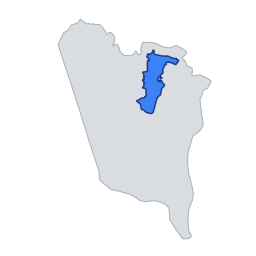 location of Hamah within Syria, rotated 105°
{"feature_id": "SYR-138", "entity_name": "Hamah", "entity_type": "Province", "adm_level": 1, "iso_a3": "SYR", "parent_name": "Syria", "parent_adm1": "", "projection": "albers", "projection_center": [37.023, 35.303], "detail": "fine", "context": "in_parent", "style": "filled", "palette": "blue", "viewbox_px": 256, "rotation_deg": 105, "n_neighbors": 0, "source": "natural_earth", "source_scale": "10m", "svg_char_len": 6289}
<svg xmlns="http://www.w3.org/2000/svg" viewBox="0 0 256 256"><g transform="rotate(105 128 128)"><path d="M39.6,90.9L41.7,91.1L46.3,93.9L47.0,93.8L48.4,90.2L49.7,89.0L52.5,87.9L53.4,82.1L54.7,81.0L56.3,80.4L58.7,80.3L60.8,79.9L60.9,78.9L58.0,72.1L58.3,70.4L59.7,63.5L60.6,60.9L61.5,60.0L64.8,60.4L69.4,61.6L70.6,63.5L72.9,65.3L76.3,65.2L80.2,65.5L83.3,65.6L85.7,64.3L91.3,62.0L94.0,61.2L96.5,60.2L104.4,56.4L107.6,56.6L109.8,57.1L111.5,57.7L115.3,60.2L118.5,62.7L120.7,63.4L124.6,63.3L130.3,63.7L137.2,63.5L141.3,62.7L146.5,61.3L155.6,57.9L167.6,51.1L174.6,47.8L177.6,47.3L181.6,47.1L185.7,47.8L190.2,48.2L192.3,48.0L197.2,47.2L203.5,45.6L207.5,44.3L212.2,42.3L215.1,39.3L216.0,38.9L217.3,39.4L217.9,39.6L219.2,41.1L220.7,45.3L220.8,45.8L220.6,47.0L217.6,50.6L213.6,55.6L210.6,58.7L205.7,64.0L201.8,65.3L195.3,67.4L193.7,69.2L192.1,72.1L191.4,76.0L191.2,78.5L191.2,83.0L192.9,87.7L194.6,92.1L194.9,95.1L194.9,98.0L193.6,101.2L192.2,105.6L191.5,110.5L191.4,119.7L191.7,127.4L191.7,128.7L189.1,134.3L186.2,140.9L184.7,142.4L177.7,144.6L170.1,149.6L161.6,155.1L153.9,160.1L145.7,165.3L137.2,170.7L131.1,174.6L122.9,179.7L115.4,184.6L107.8,189.5L102.0,193.2L93.2,199.1L88.0,202.5L80.4,207.5L73.6,211.9L65.6,217.1L55.6,215.5L52.4,214.6L49.8,212.1L47.9,210.7L43.2,209.4L40.2,204.7L38.4,203.0L35.2,202.2L36.6,199.3L36.9,197.3L38.3,194.9L37.5,193.4L37.1,190.0L36.5,189.2L36.3,188.3L36.8,187.2L36.6,186.1L36.1,185.7L35.9,184.0L35.4,182.8L35.7,181.3L36.4,180.3L37.1,178.4L37.9,177.9L39.3,176.7L39.7,175.5L40.9,174.3L42.5,173.3L42.8,172.6L42.6,172.1L41.0,171.2L40.2,169.6L41.0,167.4L41.5,166.7L42.4,165.6L44.6,163.9L46.3,163.7L47.7,163.7L50.2,163.8L52.1,164.2L52.5,163.7L52.5,163.2L50.1,161.8L50.0,160.7L50.6,159.5L52.3,157.7L54.3,156.4L55.3,156.1L57.5,153.4L59.0,150.4L56.7,143.0L55.3,141.8L53.0,140.8L51.7,140.6L51.6,140.1L53.4,138.3L54.7,136.6L53.3,135.1L50.8,134.3L49.8,135.9L46.6,136.1L41.5,136.0L39.4,128.2L39.1,124.8L39.2,120.9L40.8,115.1L40.1,112.5L40.1,110.7L39.7,108.2L35.8,102.9L38.1,93.2L39.6,90.9Z" fill="#d9dde1" stroke="#a8b0b8" stroke-width="1"/><path d="M77.2,103.8L79.6,104.7L80.7,105.4L80.9,105.5L81.1,105.6L82.8,105.6L87.4,105.2L89.9,106.9L90.4,107.1L91.7,107.5L94.1,107.8L106.3,107.7L107.4,108.5L107.7,108.9L108.2,109.5L108.2,110.1L108.2,114.0L108.1,114.6L107.8,115.3L107.5,115.9L106.8,116.9L106.7,117.1L106.6,117.5L106.5,117.8L106.5,118.1L106.5,118.4L106.6,119.6L106.4,119.9L102.6,121.7L102.1,122.0L101.3,122.8L101.2,122.9L101.2,123.3L101.1,123.5L100.9,123.7L100.8,124.1L100.6,124.4L100.6,124.5L100.6,124.8L100.6,125.0L100.5,125.3L100.4,125.5L100.3,125.8L99.8,126.4L99.5,126.6L99.4,126.6L99.2,126.4L98.1,125.0L97.8,124.6L97.6,124.4L96.0,123.1L95.8,123.0L95.6,122.7L95.4,122.5L95.3,122.0L95.3,121.7L95.1,121.0L95.1,120.9L94.9,120.7L94.7,120.3L94.6,120.2L94.3,119.9L94.2,119.8L93.6,119.8L93.3,119.8L93.2,119.7L92.8,119.2L92.6,119.1L92.4,119.0L92.3,118.9L92.2,118.9L89.8,119.5L88.4,120.0L88.0,120.1L87.9,120.1L87.7,120.1L87.3,120.2L86.4,120.9L85.9,121.2L85.7,121.3L85.5,121.5L85.4,121.7L85.4,121.9L85.3,122.4L85.3,123.3L85.5,123.8L85.5,124.0L85.4,124.2L85.4,124.3L85.2,124.4L84.9,124.4L84.7,124.3L84.6,124.2L84.3,123.7L84.2,123.6L83.6,123.6L83.4,123.5L82.9,123.6L82.7,123.6L82.2,123.9L82.0,124.0L81.8,124.0L81.6,124.0L81.4,123.9L81.1,123.7L80.9,123.7L80.8,123.8L80.6,124.0L80.6,124.3L80.4,124.4L80.0,124.3L79.7,124.3L79.4,124.4L79.3,124.5L79.2,124.9L79.0,125.2L78.9,125.2L78.9,125.3L78.8,125.8L78.7,126.0L78.3,126.3L78.2,126.3L77.8,126.2L77.5,126.1L77.4,126.1L77.3,125.9L77.2,125.7L77.1,125.4L76.8,125.1L76.6,125.1L76.4,125.1L75.6,125.6L75.4,125.8L75.3,126.1L75.2,126.1L74.9,126.0L74.7,125.9L74.4,125.7L74.1,125.7L73.9,125.8L73.6,126.2L73.5,126.3L73.4,126.3L72.9,126.4L72.6,126.4L72.4,126.6L71.0,127.7L70.8,127.8L70.2,128.0L69.5,126.4L68.6,124.6L68.5,124.4L68.1,124.1L67.7,124.0L67.4,123.9L67.2,123.9L67.0,124.0L66.6,124.3L66.4,124.4L66.1,124.4L65.9,124.4L65.7,124.5L65.4,124.8L65.2,124.9L64.3,124.9L64.2,124.9L63.7,125.0L63.2,125.1L61.0,126.2L59.5,126.1L58.9,126.3L58.6,126.5L58.4,126.6L58.1,126.5L57.8,126.4L57.7,126.3L57.7,126.2L57.6,125.9L57.4,125.8L57.2,125.8L57.1,125.7L57.1,125.4L57.3,125.2L57.2,124.9L57.0,124.7L56.8,124.7L56.5,124.8L56.4,124.9L56.2,125.2L55.9,125.5L55.2,126.3L55.2,126.6L55.2,126.8L55.2,127.0L55.0,127.3L54.9,127.4L54.9,127.7L54.9,127.8L54.6,128.1L54.4,128.3L53.5,128.1L53.3,127.8L53.2,127.7L52.9,127.6L52.7,127.7L52.6,127.8L52.3,128.2L52.2,128.3L51.8,128.1L51.6,127.7L51.4,127.6L51.2,127.5L51.2,127.4L51.4,127.1L51.5,127.0L51.5,126.9L51.3,126.6L51.2,126.3L51.1,126.1L50.3,125.6L50.2,125.5L50.2,125.4L50.1,125.2L50.0,124.7L49.8,124.3L49.6,124.2L49.4,124.1L48.3,124.2L47.8,124.2L46.5,123.9L46.3,123.0L46.6,122.8L46.9,122.8L47.1,122.8L47.4,122.8L47.5,122.7L47.9,122.5L48.1,122.5L48.2,122.4L48.4,122.3L48.5,122.3L48.9,122.2L49.0,122.2L49.2,121.9L49.3,121.9L49.5,121.7L49.7,121.4L50.0,120.6L50.0,120.0L49.7,115.9L49.7,115.2L49.6,113.9L48.9,110.3L48.4,109.0L48.3,108.3L48.2,108.2L48.8,104.3L48.9,102.0L48.9,100.9L48.8,100.5L48.7,100.3L48.6,100.1L48.3,99.6L48.3,99.3L48.4,99.2L48.6,98.9L49.1,98.6L49.2,98.4L49.2,98.2L49.3,97.3L49.4,97.0L49.9,96.6L50.0,96.8L50.3,97.1L50.5,97.2L51.1,97.2L51.4,97.0L51.6,96.9L51.9,96.9L52.0,97.0L52.2,97.3L52.4,97.6L52.4,97.8L52.5,97.9L52.9,98.0L54.1,98.1L54.3,98.2L54.4,98.6L54.2,100.2L53.8,102.1L53.7,102.7L53.9,105.1L53.8,105.4L53.7,105.5L54.3,107.0L54.5,107.6L54.7,107.8L55.3,108.0L56.3,107.5L56.6,107.6L57.1,107.8L57.3,108.0L57.4,108.4L57.5,108.6L57.7,108.8L57.8,108.8L58.0,108.9L58.8,108.8L59.1,108.9L61.0,109.4L62.4,109.5L65.9,108.5L66.1,108.5L66.3,108.6L67.2,109.4L67.3,109.6L67.5,109.9L67.6,110.0L68.0,110.3L68.1,110.5L68.3,110.6L68.5,110.6L68.8,110.5L69.0,110.5L69.3,110.3L69.8,109.6L70.5,108.9L70.8,108.4L71.0,108.2L71.1,108.3L71.3,108.4L71.4,108.6L71.4,108.8L71.5,109.1L71.4,109.4L71.4,109.6L71.1,110.2L71.1,110.3L71.1,110.6L71.2,111.1L71.2,111.6L71.3,111.8L71.5,112.0L72.0,112.1L72.7,112.0L73.3,112.0L73.6,111.9L73.8,111.8L74.0,111.4L74.2,111.2L74.4,111.0L74.5,111.0L75.0,111.0L75.1,110.9L75.1,109.5L75.1,109.2L74.9,108.9L74.7,108.8L74.3,109.1L74.2,109.4L74.1,109.5L73.9,109.7L73.7,109.7L73.4,109.7L73.2,109.4L73.2,109.1L73.3,108.9L73.8,107.7L74.0,107.4L74.2,107.2L74.5,107.0L75.1,106.7L75.3,106.6L75.5,106.4L76.2,105.1L76.5,104.4L76.6,104.2L77.2,103.8Z" fill="#3b82f6" stroke="#1e3a8a" stroke-width="1.5"/></g></svg>